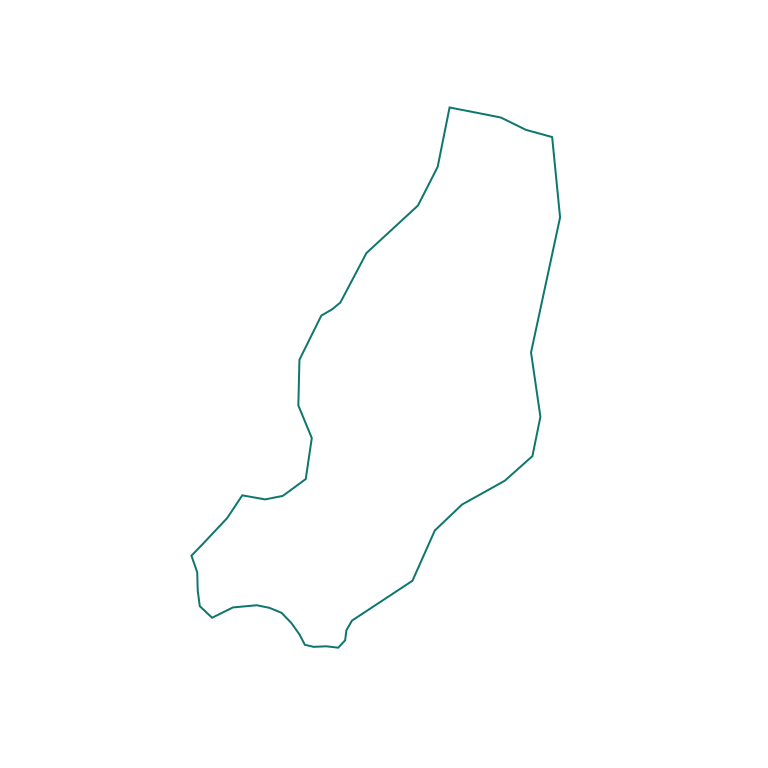 map outline of Nakaseke (Albers equal-area conic projection), rotated 57°
{"feature_id": "UGA-3095", "entity_name": "Nakaseke", "entity_type": "District", "adm_level": 1, "iso_a3": "UGA", "parent_name": "Uganda", "parent_adm1": "", "projection": "albers", "projection_center": [32.236, 1.008], "detail": "fine", "context": "isolated", "style": "outline", "palette": "teal", "viewbox_px": 768, "rotation_deg": 57, "n_neighbors": 0, "source": "natural_earth", "source_scale": "10m", "svg_char_len": 717}
<svg xmlns="http://www.w3.org/2000/svg" viewBox="0 0 768 768"><g transform="rotate(57 384 384)"><path d="M400.2,563.5L416.0,546.6L422.7,529.9L421.1,501.4L390.0,474.0L355.3,467.5L317.6,441.7L292.5,399.3L293.1,386.9L291.9,376.2L264.6,327.4L252.8,258.3L231.1,220.7L187.8,178.4L224.1,140.9L248.1,126.6L268.5,108.5L340.2,145.6L437.6,243.5L496.7,270.7L525.3,298.8L530.9,335.3L527.6,384.2L534.5,421.1L564.5,467.3L565.0,539.7L570.1,549.7L577.8,556.2L580.2,566.0L572.6,575.2L566.1,586.2L559.6,592.4L548.0,591.3L533.7,591.9L520.0,594.6L509.2,602.1L500.2,611.3L489.1,632.4L486.4,655.5L470.0,659.5L455.9,652.8L440.2,643.2L423.1,639.0L419.5,623.2L411.0,588.5L400.2,563.5Z" fill="none" stroke="#0f766e" stroke-width="2"/></g></svg>